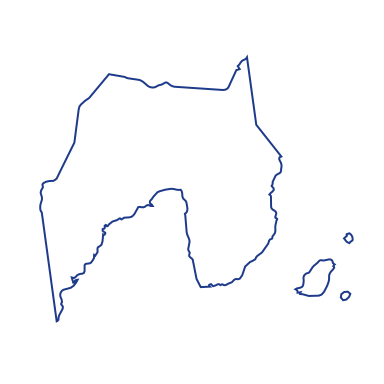 outline of Morobe, rotated 82°
{"feature_id": "PNG-1253", "entity_name": "Morobe", "entity_type": "Province", "adm_level": 1, "iso_a3": "PNG", "parent_name": "Papua New Guinea", "parent_adm1": "", "projection": "mercator", "projection_center": [147.281, -6.648], "detail": "fine", "context": "isolated", "style": "outline", "palette": "blue", "viewbox_px": 384, "rotation_deg": 82, "n_neighbors": 0, "source": "natural_earth", "source_scale": "10m", "svg_char_len": 4816}
<svg xmlns="http://www.w3.org/2000/svg" viewBox="0 0 384 384"><g transform="rotate(82 192 192)"><path d="M169.3,98.6L169.8,100.5L171.5,101.1L173.5,100.6L175.2,99.9L177.8,99.6L179.7,99.9L181.4,100.5L183.2,100.8L184.8,101.5L185.7,103.1L186.4,105.2L187.4,106.9L193.2,110.7L194.1,110.8L195.2,111.1L196.2,111.5L197.0,112.3L198.0,111.8L199.6,110.7L200.8,110.7L201.5,110.9L202.7,112.2L204.2,114.6L205.3,115.7L205.8,115.0L207.1,114.4L217.4,115.7L218.4,115.7L219.5,115.4L220.8,114.4L221.8,113.1L222.9,112.0L224.5,111.5L225.5,111.7L228.3,113.0L229.0,113.0L229.3,112.8L229.4,112.4L229.8,111.9L230.6,111.4L231.1,111.6L231.7,112.2L237.2,114.2L242.3,114.9L244.3,115.7L245.8,117.0L247.0,118.4L247.5,118.6L248.8,118.9L249.3,119.2L249.5,119.8L249.7,120.9L250.0,121.5L250.7,122.3L253.7,123.7L261.6,131.1L264.5,136.4L265.6,137.6L267.4,138.7L268.5,141.2L269.4,144.2L270.6,146.0L273.2,149.7L281.5,153.9L284.4,156.7L284.8,158.3L284.6,159.3L284.3,160.2L284.4,161.5L285.1,162.9L286.1,164.0L287.0,165.3L287.7,168.4L288.7,171.1L288.9,172.5L288.6,173.5L287.9,174.3L287.6,175.3L288.2,176.7L287.0,178.2L287.1,179.8L287.8,181.7L288.2,184.1L287.8,184.6L286.3,185.6L285.9,186.0L286.1,187.3L286.6,188.1L287.4,188.2L288.2,187.5L287.4,196.6L278.7,199.6L259.1,200.7L258.1,201.3L256.1,203.1L255.3,203.6L254.0,203.6L252.8,203.1L251.6,202.7L250.4,203.3L248.3,203.8L240.9,201.3L238.3,201.4L233.7,202.6L231.4,202.9L214.0,201.9L212.6,202.1L212.0,201.0L211.2,200.1L210.1,199.5L208.8,199.0L207.0,198.8L201.5,199.0L200.0,199.5L197.3,201.6L195.4,202.1L191.7,201.9L189.8,202.1L188.2,202.9L188.0,205.6L186.3,210.3L185.9,212.8L186.0,218.2L186.7,223.6L187.4,226.2L191.1,230.7L193.5,232.9L194.6,234.3L195.3,234.9L196.6,235.2L197.5,235.0L198.9,233.6L200.4,232.9L200.2,234.4L199.7,235.6L199.1,236.5L198.8,237.4L199.0,238.8L200.0,240.6L200.4,242.1L200.2,243.5L199.4,246.2L199.6,247.5L200.0,247.7L205.8,252.1L207.0,253.5L208.1,255.2L208.4,257.5L208.0,262.8L208.8,264.4L209.3,265.6L209.0,266.1L208.3,266.6L208.1,267.5L208.7,268.6L209.5,270.6L210.0,274.0L210.3,275.1L212.1,278.0L212.6,279.0L213.3,279.5L213.8,279.9L214.1,280.5L214.0,281.1L213.4,281.5L212.8,281.7L212.6,282.0L213.3,283.2L213.8,283.3L214.5,283.1L215.7,283.6L216.2,284.4L216.1,285.2L216.4,285.7L217.9,285.9L218.4,285.6L220.3,283.6L221.0,283.6L221.6,284.2L222.2,284.7L222.3,285.3L221.7,285.9L228.5,287.5L231.8,289.1L233.2,291.7L233.7,292.9L234.7,293.4L235.8,293.6L236.7,293.7L238.4,293.9L239.4,294.7L240.3,295.6L241.7,296.7L240.7,297.7L241.4,297.9L242.7,298.0L243.9,298.3L246.6,300.5L247.9,301.9L248.4,303.2L248.4,307.4L249.4,308.5L255.5,309.4L257.1,310.3L257.6,311.9L257.6,314.8L258.4,317.2L259.9,319.0L260.8,320.7L259.9,323.0L265.3,322.2L265.3,321.3L264.3,320.9L263.5,320.1L263.0,319.0L263.0,317.5L266.0,319.8L268.4,322.3L270.0,325.5L270.9,332.8L271.8,334.7L273.3,336.0L275.2,336.8L277.1,336.9L280.4,336.1L282.9,336.0L283.5,336.4L284.2,337.0L285.0,337.2L286.3,336.4L287.3,335.9L288.6,336.0L289.9,336.5L295.2,340.4L297.6,341.6L300.0,342.1L300.9,343.2L301.2,344.0L191.4,343.6L190.2,344.2L189.5,344.4L188.5,344.6L187.5,344.6L185.2,344.3L183.9,344.0L182.8,343.6L178.8,341.7L177.0,341.4L175.2,341.5L172.0,342.0L170.5,341.6L169.2,341.0L167.0,339.2L165.8,338.9L164.6,339.1L163.6,339.0L162.7,338.1L161.6,335.4L161.4,333.3L161.3,331.3L161.7,327.7L160.7,325.5L159.8,324.1L150.6,317.9L126.7,301.6L94.4,292.7L91.6,291.5L90.0,289.9L86.9,285.4L84.6,280.8L63.8,257.8L68.6,242.9L69.1,241.9L69.9,240.9L70.4,239.7L73.4,229.5L73.9,228.1L74.9,226.6L76.2,225.0L80.8,221.0L81.7,219.9L82.6,218.2L83.1,216.2L83.1,214.1L81.7,210.2L81.5,207.9L81.1,206.1L80.4,204.6L79.9,203.2L80.0,201.9L80.8,200.8L83.4,198.3L84.5,196.7L85.3,194.8L95.3,147.1L95.3,144.5L94.6,142.8L93.6,141.5L79.0,132.1L77.4,131.1L77.3,129.4L76.9,127.7L76.2,128.1L74.4,128.8L73.7,129.2L72.3,127.3L70.5,125.8L69.0,124.1L67.7,120.1L66.2,118.8L134.4,119.0L168.8,98.9L169.3,98.6ZM309.2,75.1L311.6,77.9L312.3,80.9L311.2,90.8L308.8,96.3L308.0,99.2L306.9,98.7L306.4,98.4L306.5,99.2L306.4,100.7L306.4,101.5L305.3,101.3L304.4,101.5L303.5,102.1L302.7,103.1L302.1,101.6L301.8,97.9L301.2,96.1L300.2,95.2L298.9,94.6L295.8,93.8L292.1,93.5L290.4,92.7L288.9,90.8L288.6,90.0L288.2,87.6L287.5,86.7L283.3,83.1L282.0,81.5L279.7,77.8L278.0,75.7L277.5,74.7L277.5,73.8L278.2,70.9L277.8,65.6L278.2,64.0L279.4,62.7L282.2,62.2L283.6,60.8L283.9,61.4L284.2,61.6L284.6,61.9L285.1,62.4L285.5,62.0L285.8,61.9L286.2,61.8L286.7,61.7L288.0,62.8L290.4,65.7L292.0,67.0L293.6,67.8L298.1,68.5L300.9,69.7L303.8,71.3L309.2,75.1ZM314.9,49.4L317.8,51.1L320.0,54.2L320.2,57.4L317.1,59.3L313.9,58.3L312.2,55.2L312.4,51.6L314.9,49.4ZM259.9,39.4L261.9,39.6L262.8,40.7L263.4,42.1L264.5,43.2L263.4,45.1L262.3,46.1L259.1,47.9L256.9,44.7L256.6,44.7L255.5,44.8L255.3,44.7L255.2,44.2L255.2,43.8L255.2,43.3L254.9,42.9L254.9,41.7L256.3,40.5L258.2,39.6L259.9,39.4Z" fill="none" stroke="#1e3a8a" stroke-width="2"/></g></svg>